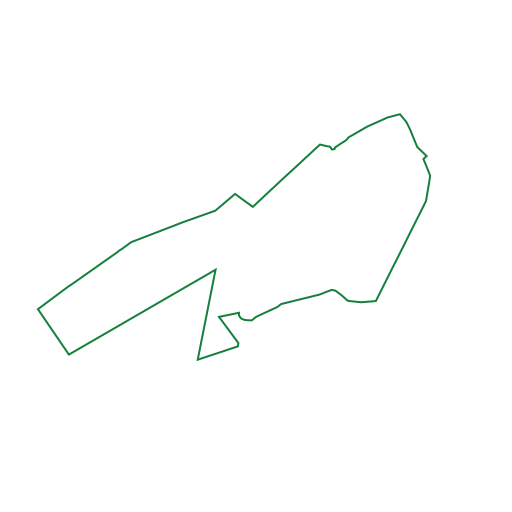 San Martín Tilcajete, Oaxaca, Mexico (Equal Earth projection), rotated 225°
{"feature_id": "50627088B8029202645332", "entity_name": "San Martín Tilcajete", "entity_type": "district", "adm_level": 2, "iso_a3": "MEX", "parent_name": "Mexico", "parent_adm1": "Oaxaca", "projection": "equal_earth", "projection_center": [-96.696, 16.879], "detail": "fine", "context": "isolated", "style": "outline", "palette": "green", "viewbox_px": 512, "rotation_deg": 225, "n_neighbors": 0, "source": "geoboundaries", "source_scale": "gbopen_adm2", "svg_char_len": 1376}
<svg xmlns="http://www.w3.org/2000/svg" viewBox="0 0 512 512"><g transform="rotate(225 256 256)"><path d="M223.9,141.5L204.9,179.3L206.9,182.0L239.1,186.8L227.9,203.8L226.1,202.0L224.7,201.6L222.3,201.3L219.1,202.6L216.3,204.8L213.5,207.5L212.9,213.1L204.9,234.9L204.2,239.9L183.7,273.8L181.0,280.1L178.5,285.6L175.2,287.7L171.7,288.2L168.5,288.7L164.7,288.9L159.4,289.3L156.6,291.4L148.8,297.8L139.4,308.9L152.2,347.4L153.0,350.0L153.8,352.4L155.2,356.6L157.9,364.8L158.8,367.5L159.9,370.8L161.0,374.1L162.7,379.1L167.3,392.9L169.3,399.0L173.0,410.2L174.6,414.9L175.4,416.1L182.2,425.7L187.3,432.8L189.6,435.9L189.8,436.0L196.0,438.7L200.9,440.8L201.2,440.9L206.1,442.9L206.1,446.5L206.0,447.3L211.9,447.2L219.1,447.1L236.8,454.5L242.0,456.3L244.5,457.1L254.5,458.0L261.0,446.8L263.9,439.1L264.7,437.0L267.2,430.5L267.7,429.1L268.3,427.6L269.0,425.6L274.4,405.5L274.1,401.8L274.3,400.8L275.8,394.1L276.2,392.0L276.9,388.6L276.1,387.2L276.7,386.3L277.6,385.0L281.0,385.7L282.7,384.3L289.5,380.1L289.6,378.9L289.9,372.1L290.1,366.5L290.1,366.0L290.2,363.4L290.4,360.2L290.4,359.4L290.6,352.7L291.3,337.1L291.6,330.4L293.0,288.5L307.3,286.2L314.7,285.1L316.8,259.3L331.4,228.6L352.5,181.0L354.0,177.6L354.6,173.8L355.9,165.7L356.7,162.4L356.7,160.9L366.4,104.9L367.1,101.8L372.6,64.2L318.6,54.0L274.9,217.7L223.9,141.5Z" fill="none" stroke="#15803d" stroke-width="2"/></g></svg>